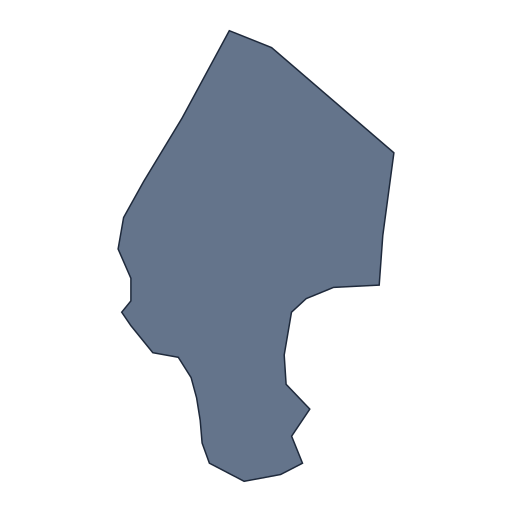 the border of Naxxar
{"feature_id": "MLT-5928", "entity_name": "Naxxar", "entity_type": "state/province", "adm_level": 1, "iso_a3": "MLT", "parent_name": "Malta", "parent_adm1": "", "projection": "albers", "projection_center": [14.439, 35.933], "detail": "fine", "context": "isolated", "style": "filled", "palette": "slate", "viewbox_px": 512, "rotation_deg": 0, "n_neighbors": 0, "source": "natural_earth", "source_scale": "10m", "svg_char_len": 501}
<svg xmlns="http://www.w3.org/2000/svg" viewBox="0 0 512 512"><path d="M229.3,30.7L271.6,47.6L393.9,152.8L382.8,235.5L379.2,285.1L333.5,287.4L306.2,298.6L291.5,312.2L284.2,355.0L286.1,384.3L309.8,409.1L291.6,436.2L302.5,463.2L280.6,474.5L244.1,481.3L209.4,463.2L202.1,443.0L200.2,420.4L196.6,397.9L191.1,377.6L178.3,357.3L152.8,352.7L130.9,325.7L121.7,312.2L130.9,300.9L130.9,278.3L118.1,249.0L123.6,217.5L143.7,181.4L182.0,118.2L229.3,30.7Z" fill="#64748b" stroke="#1e293b" stroke-width="1.5"/></svg>